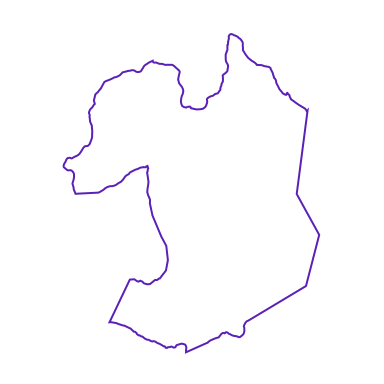 the district of Eau Piquant/St Urbain, Vieux Fort, Saint Lucia, rotated 274°
{"feature_id": "8701671B56799057925384", "entity_name": "Eau Piquant/St Urbain", "entity_type": "district", "adm_level": 2, "iso_a3": "LCA", "parent_name": "Saint Lucia", "parent_adm1": "Vieux Fort", "projection": "orthographic", "projection_center": [-60.939, 13.762], "detail": "fine", "context": "isolated", "style": "outline", "palette": "violet", "viewbox_px": 384, "rotation_deg": 274, "n_neighbors": 0, "source": "geoboundaries", "source_scale": "gbopen_adm2", "svg_char_len": 5932}
<svg xmlns="http://www.w3.org/2000/svg" viewBox="0 0 384 384"><g transform="rotate(274 192 192)"><path d="M31.7,197.2L42.1,216.7L42.8,218.2L43.7,218.8L45.4,221.0L48.0,226.2L48.8,228.7L49.2,229.0L51.4,230.5L52.2,230.9L53.0,231.8L53.5,232.6L53.6,233.2L53.3,234.4L53.5,234.8L54.3,235.3L54.5,235.9L54.5,236.4L54.3,237.1L54.2,237.4L53.2,238.5L52.7,240.2L52.0,241.5L51.5,243.2L51.1,247.1L50.9,247.7L50.5,248.5L50.4,248.9L50.6,249.7L51.0,250.5L53.4,252.9L54.5,253.5L56.6,253.9L57.5,253.9L60.3,253.6L61.6,253.1L62.1,253.2L62.8,253.3L65.2,254.4L65.8,254.8L66.7,255.5L67.1,256.1L67.6,257.1L106.1,312.2L106.3,312.3L158.1,321.9L197.3,296.6L281.4,301.6L280.6,301.0L280.6,300.8L281.1,300.7L282.4,299.6L283.1,298.9L286.1,293.0L288.4,289.1L289.6,287.3L291.4,284.3L291.7,284.0L292.2,284.0L292.5,283.8L293.4,283.1L294.3,282.7L294.6,282.7L295.7,282.2L296.2,281.3L296.7,280.8L297.2,280.6L297.5,280.2L297.2,279.7L296.8,279.7L296.4,280.0L296.3,279.7L295.6,279.2L295.8,278.9L295.6,278.4L295.7,277.7L296.1,277.1L296.6,275.9L297.0,275.5L298.4,274.3L300.6,272.1L304.3,270.0L305.9,268.9L306.9,268.5L309.2,267.9L310.1,267.4L310.7,267.0L311.4,266.1L312.0,265.7L313.1,265.5L313.7,265.1L316.4,264.2L318.4,263.0L320.1,262.0L321.2,261.6L322.1,260.0L322.7,254.9L323.2,253.6L323.4,252.6L323.4,250.8L323.3,250.7L323.4,248.6L323.2,248.2L323.3,247.8L324.0,247.3L325.2,245.9L325.7,245.1L326.9,242.8L327.7,241.5L329.4,239.1L330.0,238.4L333.0,235.8L335.4,234.1L336.2,233.4L337.3,232.9L339.5,232.8L341.4,232.4L343.1,232.4L344.4,232.2L345.4,231.8L347.9,229.7L348.5,228.7L349.0,227.7L349.9,227.0L351.0,224.4L351.3,223.1L352.0,221.6L352.3,219.9L351.9,219.1L351.5,218.7L350.1,217.8L349.1,217.8L348.5,218.0L347.3,218.1L345.9,217.7L344.9,217.7L344.5,217.5L342.0,217.6L341.1,217.1L341.0,217.3L338.0,217.2L337.1,217.4L336.3,217.4L335.5,217.2L335.1,216.9L334.7,216.8L334.2,216.9L332.7,216.3L331.3,216.0L326.6,216.4L325.1,216.7L324.1,217.1L322.5,218.2L321.3,218.9L319.9,219.3L319.0,219.1L318.1,219.1L317.0,218.9L316.0,219.0L314.9,218.7L314.5,218.5L312.8,216.9L311.4,215.2L310.4,214.5L307.0,215.0L305.2,215.1L304.2,214.9L304.0,215.0L302.8,214.3L302.0,214.0L300.3,213.9L299.1,213.4L298.2,213.2L297.2,213.0L296.3,213.2L295.5,213.0L294.8,212.3L293.3,211.5L292.2,210.8L291.4,208.2L290.5,207.4L289.6,206.3L289.2,205.3L288.6,203.7L287.2,201.5L286.0,200.6L285.7,200.4L284.7,200.5L283.4,200.9L282.9,200.9L282.6,200.8L281.4,200.7L280.7,200.4L279.8,200.3L277.9,199.4L276.8,198.4L276.6,197.9L276.0,197.4L275.7,196.7L275.1,194.3L274.7,190.7L275.1,187.6L275.4,186.3L275.6,185.8L275.4,185.4L275.9,184.8L276.7,184.5L277.0,184.2L277.0,183.7L276.6,181.5L275.8,180.1L275.9,179.5L276.2,178.0L277.0,176.4L277.7,175.9L279.0,175.3L280.2,174.9L281.9,174.6L284.6,174.7L287.3,175.2L289.0,175.9L292.1,176.3L293.9,175.8L296.0,174.7L299.3,171.8L299.9,171.4L300.4,171.2L301.2,171.1L303.2,170.3L308.1,170.9L310.0,171.3L311.1,171.3L311.5,171.2L312.4,170.6L312.9,169.8L313.7,168.9L314.7,167.5L315.3,166.7L316.1,165.9L316.8,164.7L317.3,163.9L317.5,163.1L317.5,162.8L317.2,160.2L317.3,159.2L317.2,158.6L317.0,157.2L317.0,156.1L317.7,153.4L317.6,150.5L317.8,149.6L318.2,148.6L318.6,147.3L318.6,146.2L318.4,145.2L318.5,144.9L318.6,144.6L319.5,143.6L320.1,143.6L318.2,140.1L314.9,135.9L313.8,135.1L312.4,134.5L309.1,132.7L308.6,132.2L308.2,131.2L307.8,129.3L308.2,127.7L308.8,126.7L309.2,125.8L309.4,124.6L309.3,123.6L308.5,121.1L308.4,119.7L307.8,118.5L306.6,114.6L303.3,111.7L301.5,108.7L300.9,106.5L299.8,104.8L298.5,102.5L296.7,98.6L295.8,97.1L295.2,96.7L289.1,93.9L288.8,93.9L288.3,93.3L285.8,91.6L285.2,91.3L284.5,90.5L282.6,88.8L277.4,87.9L276.5,87.7L273.1,88.9L271.9,87.9L270.2,87.0L269.2,86.4L267.5,84.8L265.5,84.0L264.2,83.7L263.7,83.7L263.1,83.9L261.7,84.6L259.6,84.5L258.9,84.8L255.3,85.4L252.9,86.5L251.7,87.3L245.5,88.3L243.4,88.3L242.6,88.4L241.2,88.4L240.4,88.5L238.8,88.4L238.4,88.2L237.3,88.0L235.8,87.5L235.2,87.4L233.9,86.9L233.5,86.9L233.1,86.8L231.7,85.8L230.7,84.8L230.5,83.9L230.2,82.1L230.0,81.8L228.6,80.6L224.7,78.6L222.4,77.2L222.0,76.9L220.9,75.8L219.9,74.3L218.7,72.0L217.2,69.9L217.1,69.5L217.1,69.2L217.3,68.7L217.5,68.4L217.6,68.0L217.6,67.6L217.3,66.0L216.9,65.3L216.5,65.0L215.2,64.3L213.4,63.7L212.1,63.0L210.5,62.3L209.5,62.1L208.3,62.2L207.7,62.5L205.2,66.0L204.9,66.8L205.3,69.0L205.0,70.3L204.4,71.1L203.5,72.0L203.1,72.3L202.2,72.8L201.6,73.0L201.1,73.1L198.9,73.3L195.9,73.0L193.0,72.3L192.1,72.2L191.6,72.3L188.4,73.5L186.3,73.9L185.1,74.4L184.0,75.1L182.1,75.9L184.8,98.3L184.7,98.1L184.8,98.6L185.7,100.2L187.2,102.4L188.7,104.3L189.4,104.8L190.8,106.8L191.3,107.8L191.9,109.3L192.1,110.2L192.3,112.1L192.5,112.8L193.3,114.9L193.7,115.6L195.7,118.0L197.0,120.1L197.9,121.0L199.9,122.6L202.7,124.2L203.3,124.7L203.8,125.2L204.4,126.0L205.4,127.7L206.7,128.4L207.1,128.7L207.6,129.4L210.2,133.7L211.5,136.9L212.2,137.8L212.9,139.4L213.0,140.7L213.5,141.5L213.3,142.2L213.4,143.1L213.4,144.1L213.5,144.3L214.4,144.7L214.9,145.7L212.5,146.7L211.7,146.3L209.5,146.3L208.2,145.8L206.1,146.4L199.0,147.9L196.3,147.8L191.9,147.4L188.7,147.4L185.6,148.5L184.1,149.4L181.7,150.5L179.7,150.8L178.0,150.7L165.8,154.2L145.2,164.6L136.5,170.1L122.3,172.7L111.9,171.5L103.5,165.9L103.3,165.1L101.7,163.2L101.7,161.3L97.3,156.6L96.8,154.0L97.5,150.5L99.2,148.6L99.9,146.5L98.9,145.0L99.2,143.4L100.9,140.6L100.3,136.1L56.3,118.8L56.5,120.2L55.9,126.0L55.3,127.4L54.0,132.6L54.0,133.8L52.0,138.8L51.4,140.4L48.6,143.7L48.6,144.9L47.3,146.6L46.4,147.0L45.3,148.7L45.3,149.9L44.4,151.4L44.3,152.7L42.5,155.1L41.6,157.3L41.5,159.2L40.5,161.3L40.1,162.7L40.4,163.3L40.5,163.8L40.2,166.0L39.1,167.6L38.2,170.4L37.0,172.9L36.5,173.7L36.2,174.4L36.1,175.4L35.9,175.9L35.6,176.2L35.1,176.3L34.8,176.5L34.7,177.8L34.8,178.1L35.4,178.7L35.7,180.3L36.4,182.3L35.7,184.1L35.5,184.6L35.6,185.2L35.9,186.0L36.3,186.4L37.7,187.0L38.2,187.5L39.3,190.2L39.9,192.0L40.0,192.7L39.4,195.5L39.2,195.9L38.1,196.6L36.8,197.1L36.1,197.2L33.8,197.1L31.7,197.2Z" fill="none" stroke="#5b21b6" stroke-width="2"/></g></svg>